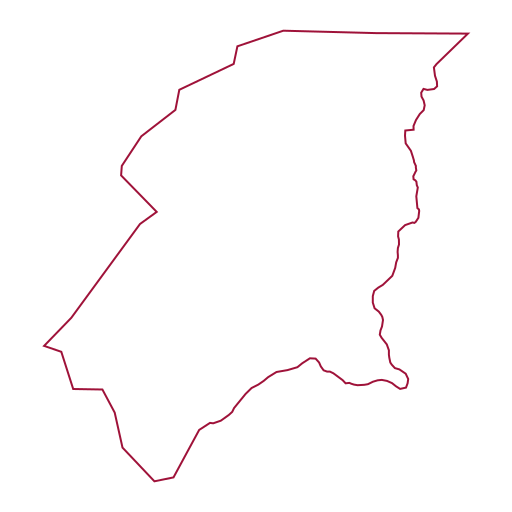 the district of Johnson, Tennessee, United States of America
{"feature_id": "52423323B99720105467999", "entity_name": "Johnson", "entity_type": "district", "adm_level": 2, "iso_a3": "USA", "parent_name": "United States of America", "parent_adm1": "Tennessee", "projection": "albers", "projection_center": [-81.77, 36.438], "detail": "fine", "context": "isolated", "style": "outline", "palette": "rose", "viewbox_px": 512, "rotation_deg": 0, "n_neighbors": 0, "source": "geoboundaries", "source_scale": "gbopen_adm2", "svg_char_len": 1835}
<svg xmlns="http://www.w3.org/2000/svg" viewBox="0 0 512 512"><path d="M173.5,477.4L188.9,448.9L199.2,429.9L210.0,422.9L213.2,423.3L220.8,420.7L228.9,414.9L232.2,411.9L234.1,408.0L245.6,393.9L251.6,388.0L258.3,384.6L263.7,380.9L268.2,377.1L276.5,372.0L287.5,370.1L297.4,367.2L302.2,363.3L309.9,358.3L315.6,358.6L319.1,362.5L320.8,366.4L323.6,370.3L327.1,371.6L329.9,371.6L333.4,373.3L342.6,380.1L345.6,383.3L349.4,382.9L351.2,383.7L354.0,384.6L357.6,385.2L364.4,384.8L367.9,384.2L373.0,381.7L377.7,380.3L381.8,379.9L387.0,380.9L392.0,383.1L396.0,386.3L400.1,388.9L406.0,387.6L407.6,383.3L408.2,379.0L405.7,373.7L399.4,369.4L394.9,368.1L391.7,364.6L390.3,362.5L389.3,357.7L388.9,354.7L388.9,350.3L386.8,344.4L381.6,337.8L379.8,334.7L380.5,330.4L382.0,326.5L383.0,320.0L382.3,316.9L381.2,314.8L378.8,311.6L374.6,308.3L372.8,302.6L372.8,296.1L374.2,290.9L378.3,287.6L382.8,284.9L392.3,275.8L395.2,267.9L396.2,262.3L397.9,257.9L397.9,255.3L397.6,251.9L397.9,248.0L399.0,244.5L398.9,239.5L398.1,236.4L398.3,231.5L405.1,225.1L412.5,222.5L414.4,222.9L415.7,221.9L418.4,217.8L419.2,210.9L418.9,209.4L417.4,208.1L416.3,196.3L417.8,187.5L416.8,185.2L416.4,181.7L415.3,180.3L413.6,179.3L413.3,176.2L413.6,175.7L415.6,171.6L416.3,170.5L415.8,167.1L415.9,166.0L414.1,162.1L413.9,160.3L413.4,158.7L413.0,157.3L410.9,150.8L405.7,143.4L405.0,135.7L405.3,130.5L413.6,129.7L413.5,126.0L416.0,120.0L419.8,114.0L423.7,110.1L424.7,105.3L423.6,100.5L421.5,96.6L421.2,92.7L423.5,88.9L427.4,89.9L434.1,89.0L437.1,86.3L436.9,81.6L435.0,75.8L433.9,67.4L436.5,64.1L467.9,33.6L375.5,33.1L283.3,30.7L237.4,46.3L233.7,63.9L179.3,89.8L175.4,109.9L141.3,136.3L121.8,165.9L121.1,175.4L156.7,211.9L140.0,224.0L71.3,317.8L44.1,345.9L61.3,351.8L73.2,389.0L102.4,389.5L114.7,412.6L122.5,447.6L154.4,481.3L173.5,477.4Z" fill="none" stroke="#9f1239" stroke-width="2"/></svg>